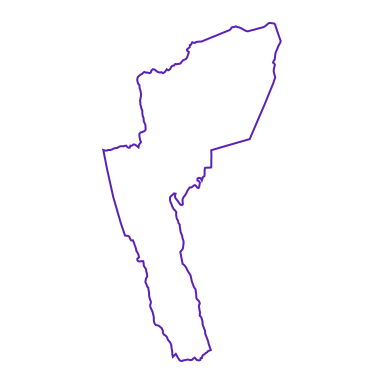 Andaraí, Bahia, Brazil
{"feature_id": "56859067B10636058932949", "entity_name": "Andaraí", "entity_type": "district", "adm_level": 2, "iso_a3": "BRA", "parent_name": "Brazil", "parent_adm1": "Bahia", "projection": "equal_earth", "projection_center": [-41.223, -12.794], "detail": "fine", "context": "isolated", "style": "outline", "palette": "violet", "viewbox_px": 384, "rotation_deg": 0, "n_neighbors": 0, "source": "geoboundaries", "source_scale": "gbopen_adm2", "svg_char_len": 5278}
<svg xmlns="http://www.w3.org/2000/svg" viewBox="0 0 384 384"><path d="M275.1,24.6L274.2,23.5L271.8,23.2L270.2,23.0L268.8,23.1L267.6,24.1L266.1,25.4L264.7,26.5L263.0,27.3L261.4,27.7L260.2,27.9L259.1,28.3L257.5,28.7L255.9,29.1L254.8,29.5L253.7,29.8L252.5,30.1L251.1,30.4L249.4,30.9L247.8,31.3L246.1,31.0L244.6,30.2L243.2,29.4L241.4,28.4L239.4,27.5L237.4,27.1L235.7,26.3L234.5,26.9L233.4,27.2L232.3,27.1L231.4,27.9L230.5,29.3L229.3,30.2L228.1,30.7L226.4,31.3L224.9,32.0L222.3,33.0L220.9,33.6L219.2,34.3L217.5,35.0L216.3,35.5L213.6,36.6L212.2,37.1L210.6,37.8L208.8,38.5L207.4,39.2L206.2,39.6L204.9,40.1L203.1,40.9L201.9,41.4L200.8,41.6L199.1,41.6L197.4,41.8L196.1,42.0L194.9,42.9L193.5,42.7L192.2,42.3L191.1,44.6L189.8,45.1L189.8,47.0L188.3,48.4L186.9,49.5L187.4,51.1L188.8,51.8L188.7,53.2L188.0,54.5L187.4,56.7L186.6,58.3L185.4,59.3L183.1,60.2L181.5,62.0L180.6,63.3L179.5,63.8L178.2,63.9L176.6,64.2L175.2,64.0L174.0,65.6L172.3,65.8L171.2,67.0L170.0,69.3L168.3,70.3L166.7,69.3L165.6,71.1L164.4,72.4L163.0,73.1L161.3,72.2L159.9,72.6L158.7,72.2L157.5,71.9L156.0,70.7L154.7,69.6L153.0,69.2L151.5,70.4L150.7,72.6L149.4,73.2L147.7,72.6L145.6,72.6L144.4,71.9L143.0,72.9L142.1,73.9L141.0,74.4L139.9,75.2L138.9,76.0L137.7,77.3L137.2,79.5L137.5,81.6L138.2,83.8L139.4,85.0L139.6,88.0L140.1,89.6L140.6,91.2L140.8,92.7L141.0,94.2L140.9,96.1L140.7,97.6L140.4,99.2L140.0,100.9L140.4,102.5L140.3,104.3L141.0,106.5L141.4,108.5L142.3,110.5L142.3,112.3L142.4,114.2L142.9,116.4L143.6,118.3L143.7,120.9L144.6,123.1L145.5,125.3L145.5,127.5L145.7,129.4L144.8,130.8L142.5,132.0L140.5,132.5L139.4,133.8L139.4,135.7L139.7,137.9L140.1,139.9L141.0,142.1L139.7,143.7L139.0,144.9L138.5,147.4L136.1,145.4L135.0,144.7L133.8,144.4L132.6,145.2L131.5,145.8L130.4,145.7L129.8,147.6L128.4,147.7L127.4,147.0L126.2,145.7L124.7,145.8L123.4,146.4L122.2,146.2L121.0,146.2L119.4,146.6L117.2,147.9L115.4,148.1L114.2,148.4L113.1,148.8L111.6,149.7L109.7,150.0L107.8,150.0L106.8,150.6L105.1,150.6L103.3,150.0L107.1,169.2L113.2,196.8L120.8,223.1L125.0,235.5L126.6,235.8L128.0,235.9L129.3,236.8L130.3,239.1L131.3,240.5L132.9,240.3L134.0,242.7L134.6,244.9L135.4,246.9L136.0,248.9L136.3,250.7L137.1,251.9L137.7,253.2L138.5,254.8L139.0,257.4L137.4,258.6L137.3,260.1L138.3,261.3L139.4,261.5L140.6,261.3L142.0,261.2L143.2,261.2L143.6,262.9L143.7,264.5L143.9,266.0L145.1,267.8L146.1,269.4L146.2,271.0L146.7,272.9L147.1,274.8L147.2,276.6L146.1,278.4L145.6,280.5L145.4,282.3L146.3,283.9L147.1,286.5L148.3,287.7L148.5,290.0L149.0,291.8L149.1,293.6L149.1,295.5L149.4,297.4L150.1,299.6L150.8,301.3L150.8,303.1L150.1,305.2L150.5,307.4L151.2,308.9L151.8,310.1L152.6,312.0L153.2,314.6L153.8,317.1L153.8,320.2L154.2,322.4L154.9,324.0L155.9,325.1L157.5,325.3L159.3,326.1L160.6,327.3L161.7,328.2L162.2,329.5L162.9,330.8L162.9,332.9L164.0,334.7L165.3,335.4L166.3,336.3L167.1,337.3L167.6,339.1L168.6,340.7L170.0,342.2L171.3,345.1L171.5,347.5L171.7,349.0L172.2,351.0L172.3,352.5L172.3,354.3L172.9,356.8L175.8,353.9L176.8,355.6L177.5,357.1L178.4,358.5L179.5,360.2L181.1,361.0L182.5,360.8L183.7,360.3L185.2,360.1L186.3,359.8L187.5,359.6L188.7,359.7L190.3,360.1L191.9,359.9L193.1,358.7L194.8,357.7L196.6,359.8L198.1,360.4L199.4,360.3L200.4,359.8L200.7,358.1L201.9,358.0L202.2,356.4L202.9,355.2L204.4,354.3L205.6,353.1L207.0,352.4L208.3,350.9L209.6,350.6L210.8,350.0L210.0,347.8L209.4,346.0L208.6,343.7L208.3,341.7L205.1,333.4L205.1,332.0L205.0,330.5L204.2,328.8L203.7,327.3L203.1,326.0L202.6,324.1L202.5,321.4L201.8,319.0L201.1,316.9L199.8,315.8L199.8,314.0L200.1,312.5L199.5,310.4L199.3,308.4L198.9,306.8L199.0,305.2L199.8,303.7L199.2,301.5L197.9,300.0L196.6,298.8L196.3,297.0L196.2,293.9L195.8,291.5L195.5,289.3L194.5,287.9L193.7,286.5L192.9,284.2L192.2,282.4L191.7,280.7L191.2,278.4L190.7,275.9L190.1,274.5L188.8,272.6L187.7,270.7L186.9,269.4L186.3,267.8L184.9,265.8L183.6,264.6L182.6,263.8L180.3,252.0L181.4,250.6L182.4,249.4L183.0,248.0L183.2,246.0L183.5,243.9L183.6,241.6L183.2,240.0L182.5,238.2L182.2,236.0L181.4,233.9L180.6,232.0L180.3,229.9L179.8,226.6L179.7,224.6L178.5,223.1L177.9,220.4L176.9,219.0L176.5,217.2L176.1,215.2L176.3,212.1L175.0,210.4L173.8,209.3L173.1,208.1L172.1,206.1L171.4,203.9L170.6,202.4L170.1,200.5L170.0,198.3L170.3,196.8L171.6,195.7L173.0,194.5L174.0,193.4L175.6,193.7L175.2,195.2L175.0,196.6L175.4,198.0L176.4,199.3L177.5,200.6L178.7,202.5L179.6,203.6L180.6,204.8L181.8,205.1L182.8,204.4L182.7,202.4L182.5,200.3L182.7,198.9L183.4,197.4L184.3,196.3L185.1,195.1L186.2,193.4L187.1,191.4L187.8,190.1L188.7,188.9L189.6,187.5L191.6,187.3L193.5,185.8L194.9,185.1L196.2,186.1L197.3,187.6L198.5,188.0L199.2,186.8L199.6,184.4L199.9,182.4L198.7,181.1L197.4,180.5L197.5,178.6L199.0,177.8L200.7,178.2L201.8,180.4L202.9,177.2L204.2,176.3L204.6,174.9L204.6,173.2L204.6,171.3L204.7,169.6L204.9,168.1L206.0,167.7L208.0,167.7L209.9,167.6L211.2,167.4L211.3,165.2L211.3,162.8L211.3,161.3L211.3,159.8L211.4,158.0L211.4,155.7L211.4,153.6L211.3,151.7L211.3,150.2L230.5,144.6L249.7,139.1L260.2,114.6L264.5,104.7L273.5,82.6L273.9,81.1L274.6,79.1L275.2,77.4L273.7,71.7L273.8,69.6L274.0,68.0L274.5,66.5L274.9,64.8L274.2,63.5L273.0,62.6L273.7,60.8L274.8,59.2L275.0,57.0L275.2,55.1L275.5,53.3L275.9,51.9L276.6,50.3L277.5,48.4L278.2,46.4L279.1,44.7L280.1,42.9L280.7,41.1L276.9,30.2L275.1,24.6Z" fill="none" stroke="#5b21b6" stroke-width="2"/></svg>